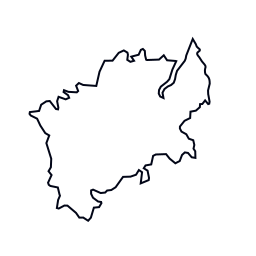 SVG path tracing the border of Gloucestershire, rotated 161°
{"feature_id": "GBR-2039", "entity_name": "Gloucestershire", "entity_type": "Administrative County", "adm_level": 1, "iso_a3": "GBR", "parent_name": "United Kingdom", "parent_adm1": "", "projection": "albers", "projection_center": [-2.218, 51.841], "detail": "fine", "context": "isolated", "style": "outline", "palette": "ink", "viewbox_px": 256, "rotation_deg": 161, "n_neighbors": 0, "source": "natural_earth", "source_scale": "10m", "svg_char_len": 2191}
<svg xmlns="http://www.w3.org/2000/svg" viewBox="0 0 256 256"><g transform="rotate(161 128 128)"><path d="M37.8,191.1L36.6,185.3L36.5,182.6L35.6,180.8L34.7,179.3L34.6,178.5L35.0,177.8L37.8,176.7L38.5,175.6L38.5,174.7L38.2,173.4L37.6,171.8L36.4,166.9L34.9,163.0L34.6,161.6L34.8,160.4L35.9,158.7L36.5,157.5L37.1,155.4L37.2,153.8L36.0,151.4L35.4,149.5L35.3,147.4L35.6,145.7L36.3,143.3L40.1,137.4L41.3,133.4L41.1,133.6L41.2,133.4L42.3,126.3L43.3,124.5L44.4,124.5L46.1,129.0L49.9,126.5L52.1,127.1L53.3,124.3L58.2,122.3L63.6,123.1L66.0,117.2L72.2,116.4L78.4,112.5L79.1,110.6L78.6,107.2L74.9,103.1L74.0,98.1L70.3,95.2L70.8,90.4L72.8,87.1L72.0,84.1L74.0,77.8L77.3,79.6L79.4,84.9L82.2,86.4L85.7,84.9L89.9,79.9L92.9,79.5L94.7,79.2L98.6,85.5L100.5,90.9L110.3,93.9L113.3,93.5L117.9,86.0L123.6,86.9L126.2,84.8L123.4,81.3L124.4,73.9L125.4,72.0L134.0,71.5L129.1,81.6L131.4,84.7L135.6,81.2L141.5,81.2L148.6,83.4L159.0,76.0L164.0,74.8L168.1,75.7L170.6,74.4L175.0,75.4L181.1,81.1L183.2,81.0L184.3,77.8L183.8,73.5L180.2,68.2L177.5,66.8L177.6,65.6L181.1,62.6L186.2,63.8L192.3,55.3L195.9,53.3L199.5,57.9L203.2,59.1L204.8,64.7L210.5,74.3L213.4,75.4L219.7,74.4L221.3,75.5L217.5,82.7L214.4,86.1L214.4,87.6L213.7,94.6L220.3,98.5L221.4,100.1L221.4,102.3L215.6,108.4L217.2,113.0L213.7,116.0L210.6,123.9L210.1,140.3L204.9,146.6L207.9,150.1L210.1,158.9L210.9,166.4L215.9,171.5L216.5,173.4L215.6,175.0L209.6,173.7L206.5,173.1L202.5,178.3L198.1,179.4L196.6,179.8L193.2,179.0L189.9,169.4L188.1,168.4L187.2,170.0L186.3,176.4L183.5,180.1L177.6,175.4L173.8,175.7L174.0,178.5L177.2,183.0L176.2,184.6L172.6,181.6L164.8,178.4L163.1,179.2L163.3,184.9L159.8,186.5L156.4,183.3L144.3,178.1L136.6,190.5L128.2,199.2L120.7,196.7L112.3,202.1L106.7,202.7L104.0,199.5L104.2,197.3L106.5,192.7L104.2,189.8L100.4,189.6L101.7,194.4L94.1,193.8L90.4,197.7L88.2,197.9L87.0,195.4L88.2,191.0L88.6,186.7L87.9,186.1L76.4,182.6L70.5,185.1L69.0,179.3L61.2,175.9L60.6,175.5L67.0,168.8L73.0,160.7L76.0,159.0L83.5,156.4L86.3,153.8L87.7,150.5L87.3,147.3L84.7,144.8L83.9,150.1L80.8,153.0L76.8,154.3L73.3,154.6L70.0,155.9L67.6,158.9L65.5,162.7L63.0,166.1L52.5,173.0L50.9,174.8L49.3,177.6L37.8,191.1Z" fill="none" stroke="#020617" stroke-width="2"/></g></svg>